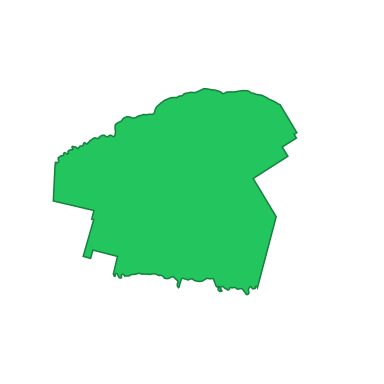 Atamisqui, Santiago del Estero, Argentina (orthographic projection), rotated 138°
{"feature_id": "61730980B38115144575329", "entity_name": "Atamisqui", "entity_type": "district", "adm_level": 2, "iso_a3": "ARG", "parent_name": "Argentina", "parent_adm1": "Santiago del Estero", "projection": "orthographic", "projection_center": [-63.835, -28.669], "detail": "fine", "context": "isolated", "style": "filled", "palette": "green", "viewbox_px": 384, "rotation_deg": 138, "n_neighbors": 0, "source": "geoboundaries", "source_scale": "gbopen_adm2", "svg_char_len": 6060}
<svg xmlns="http://www.w3.org/2000/svg" viewBox="0 0 384 384"><g transform="rotate(138 192 192)"><path d="M196.0,292.2L197.3,292.1L197.9,292.1L199.9,292.9L202.0,293.3L203.2,293.4L204.5,293.0L205.0,292.5L205.6,291.8L206.4,290.9L207.0,290.3L208.0,288.7L208.8,287.7L210.4,286.4L211.2,285.7L212.0,285.5L213.1,285.4L213.5,285.9L213.8,286.9L214.2,288.2L214.7,289.0L215.5,289.2L216.5,289.4L217.9,289.5L218.2,289.7L218.5,290.4L218.7,291.2L219.1,291.8L219.3,293.1L220.1,293.7L221.4,294.4L222.8,294.7L223.6,294.7L225.1,294.6L225.9,294.6L226.5,295.0L226.7,295.5L227.3,296.1L227.5,296.7L228.1,297.4L229.0,297.8L230.4,298.0L232.2,298.1L233.7,298.5L234.6,298.1L235.8,298.1L236.6,298.0L238.0,298.0L238.3,298.2L238.4,298.8L238.5,299.7L238.7,300.5L239.6,300.8L240.2,300.5L240.6,300.2L241.3,299.8L241.8,299.5L242.4,299.6L242.9,299.8L243.5,300.2L243.8,300.6L244.5,301.0L245.1,301.0L245.7,300.9L246.6,300.7L247.5,300.5L248.0,300.7L248.1,301.0L248.0,301.5L248.1,302.4L248.1,302.9L248.6,303.6L249.2,304.3L249.6,304.7L250.0,305.7L250.7,305.9L251.2,305.6L251.5,305.3L251.5,304.8L252.0,303.5L252.5,303.4L253.0,303.7L253.6,304.4L254.5,304.9L255.3,305.0L256.1,305.4L256.6,305.1L257.4,304.9L257.8,304.2L257.9,303.7L258.7,303.5L259.3,303.6L259.6,304.1L259.7,304.8L259.8,305.7L260.3,306.5L261.3,306.6L262.0,306.1L262.7,305.7L263.4,305.5L263.9,305.6L264.4,305.8L264.9,306.5L266.6,306.7L267.4,306.9L268.5,306.9L268.8,306.7L269.5,306.0L269.8,305.2L270.1,304.7L270.4,304.2L271.0,303.7L271.7,303.7L272.1,303.8L272.7,304.1L273.0,304.3L273.0,304.9L273.3,305.3L274.0,305.3L274.3,304.8L274.3,304.3L274.5,304.0L275.0,303.9L275.5,303.9L301.1,278.1L277.3,243.9L284.7,238.9L283.6,237.2L315.9,217.0L311.8,210.5L304.5,215.1L290.5,194.0L299.2,187.9L305.4,183.7L305.3,182.7L306.2,181.7L305.6,180.9L304.8,181.1L304.3,182.3L303.6,182.4L302.7,182.0L302.4,181.2L302.6,179.9L303.1,179.1L303.3,177.5L303.2,176.3L302.5,175.8L301.8,175.5L301.1,176.0L300.7,176.8L299.9,177.7L299.0,177.5L298.2,176.9L298.1,175.8L298.3,174.4L297.3,173.9L296.2,172.7L294.6,171.6L292.5,171.4L290.7,169.9L289.4,169.0L288.3,168.3L287.4,168.0L285.9,167.1L285.3,166.5L284.7,165.1L284.3,164.7L283.8,164.3L283.2,163.6L281.1,161.8L280.5,161.2L280.3,160.8L280.0,160.6L279.6,160.2L279.0,159.6L278.3,158.7L277.5,158.4L276.3,157.7L274.9,156.4L274.4,156.3L274.3,156.1L273.8,155.1L273.5,154.4L273.1,153.7L273.0,153.0L272.8,152.6L272.1,151.7L271.6,151.5L270.6,150.6L270.3,149.7L270.0,148.6L270.0,147.6L270.2,146.9L270.2,146.5L270.1,146.4L269.5,145.6L269.2,144.9L268.3,144.2L267.9,143.8L267.2,143.4L265.8,142.9L264.9,142.8L263.4,142.4L263.2,141.9L262.6,141.1L262.5,140.8L262.4,139.7L262.5,138.4L262.4,138.1L262.2,137.5L262.2,136.5L262.0,136.0L262.0,135.6L262.6,134.7L264.1,133.7L265.2,132.8L265.8,131.9L265.8,131.4L266.0,130.4L266.1,130.0L265.3,129.9L263.5,131.1L263.1,131.4L261.8,132.2L260.8,132.7L259.8,133.5L258.8,133.9L258.1,134.4L257.0,134.5L256.7,134.1L255.6,132.1L254.6,131.3L254.5,130.9L254.3,130.0L253.7,129.2L253.0,128.9L251.5,128.3L251.0,128.1L250.4,127.7L250.0,127.5L249.6,125.6L249.6,125.0L249.1,124.0L248.7,123.5L247.9,122.4L246.9,121.1L246.3,120.5L245.5,119.8L244.7,119.3L243.9,119.0L242.9,118.7L241.8,118.5L240.7,118.3L240.0,118.1L239.0,117.9L238.4,117.5L238.1,117.3L237.8,116.7L237.2,116.0L236.7,115.4L235.4,114.5L234.4,113.6L234.4,112.9L234.8,111.9L234.8,111.1L235.5,110.3L235.7,109.2L236.2,108.2L236.9,106.6L236.9,106.0L237.1,105.4L237.0,104.8L236.8,104.3L236.2,104.0L235.5,104.2L235.0,103.6L235.0,103.1L235.5,102.9L236.7,102.9L237.3,102.7L237.7,102.3L237.9,102.0L238.1,101.5L237.9,100.5L238.1,99.8L237.7,99.4L237.4,99.0L236.3,98.5L236.0,98.4L235.7,98.8L235.9,99.3L235.7,99.8L235.7,100.7L235.2,101.0L234.1,101.9L233.6,102.0L232.7,101.7L232.4,101.0L232.2,100.1L232.1,98.8L231.8,98.1L231.7,97.4L231.3,96.8L231.3,96.0L231.2,95.6L230.9,95.3L230.5,94.9L229.8,94.7L227.5,95.5L227.0,94.8L226.4,94.0L225.7,93.4L224.9,93.1L224.3,92.6L223.7,91.8L223.7,91.0L223.3,89.4L222.9,88.9L221.8,88.4L220.6,87.7L220.1,87.2L219.5,86.1L219.5,85.0L219.8,83.9L219.8,82.3L220.0,80.9L220.2,79.6L219.8,78.9L219.1,78.5L218.4,78.5L217.6,78.7L217.1,79.0L216.6,79.8L216.1,80.7L215.0,82.1L213.3,82.6L211.9,82.8L211.5,82.1L211.8,79.9L211.6,79.2L210.9,78.8L210.2,78.4L209.4,78.1L208.8,78.5L208.4,79.2L207.5,79.1L207.1,78.4L207.2,77.7L207.4,77.1L146.0,117.3L137.5,161.1L96.8,154.4L94.8,165.1L78.3,162.2L77.5,166.5L74.4,165.9L68.1,198.0L68.6,198.8L69.2,200.6L69.8,202.8L70.5,204.6L71.5,207.0L72.5,209.0L73.1,211.3L74.4,214.9L75.1,216.6L76.1,218.2L77.3,219.6L78.4,220.8L79.0,221.7L79.5,222.6L79.9,223.6L80.4,224.5L81.2,225.3L81.7,225.9L81.9,226.6L82.0,227.6L82.3,228.8L83.2,230.4L85.0,232.0L85.9,233.0L87.0,233.8L88.3,234.6L90.1,235.9L91.6,236.8L92.5,237.4L93.6,238.0L95.7,240.0L96.8,241.0L98.2,242.1L98.9,242.9L99.9,243.2L100.7,243.3L101.5,243.6L102.1,243.8L103.0,244.2L103.5,244.9L103.5,245.7L103.5,246.4L103.8,247.2L104.1,248.0L104.7,249.2L105.6,250.5L106.1,251.6L107.4,253.0L108.8,254.7L110.0,256.2L110.5,256.8L111.8,258.5L112.4,259.2L113.0,259.9L113.5,260.4L114.4,261.0L115.7,261.3L117.1,261.7L117.9,262.1L120.4,262.7L121.6,263.3L123.0,263.7L123.8,264.4L125.5,266.2L126.4,267.0L127.7,267.8L128.5,268.2L129.3,268.5L129.9,269.3L130.8,269.6L131.7,270.0L132.4,270.3L133.1,270.2L133.8,270.1L134.6,270.1L135.5,270.5L136.5,271.2L137.2,271.8L137.9,272.0L138.3,272.0L138.9,272.1L139.6,272.4L140.3,272.6L140.9,272.9L141.2,273.5L141.7,274.0L142.6,274.6L143.1,274.9L143.6,275.6L144.4,276.1L145.3,276.5L146.5,276.9L147.5,277.3L148.8,277.6L149.9,278.1L151.4,278.6L152.9,278.6L154.8,278.8L155.7,279.0L157.4,278.9L158.6,279.0L160.0,278.9L160.7,279.0L161.2,279.0L161.9,278.8L163.7,278.1L164.3,277.8L165.3,277.2L166.0,276.6L166.6,276.2L167.6,275.9L168.4,275.9L169.3,276.0L169.8,276.5L170.7,277.4L171.6,278.3L172.3,278.7L173.2,279.4L174.1,279.9L174.6,280.2L175.0,280.8L175.8,281.5L175.9,281.9L176.7,282.3L177.7,282.6L178.8,283.1L179.8,283.8L180.4,284.1L181.7,284.4L182.6,284.8L183.7,284.9L185.1,285.4L185.9,285.9L187.3,287.7L187.7,289.0L189.1,290.5L190.1,291.6L191.4,292.0L192.5,292.5L194.0,292.6L194.8,292.5L196.0,292.2Z" fill="#22c55e" stroke="#15803d" stroke-width="1.5"/></g></svg>